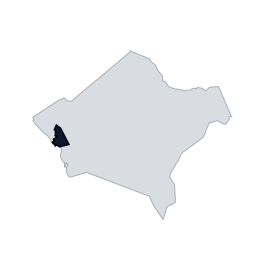 location of Magarini, Coast, Kenya, rotated 111°
{"feature_id": "3690345B44163293085628", "entity_name": "Magarini", "entity_type": "district", "adm_level": 2, "iso_a3": "KEN", "parent_name": "Kenya", "parent_adm1": "Coast", "projection": "orthographic", "projection_center": [39.973, -2.829], "detail": "fine", "context": "in_parent", "style": "filled", "palette": "ink", "viewbox_px": 256, "rotation_deg": 111, "n_neighbors": 0, "source": "geoboundaries", "source_scale": "gbopen_adm2", "svg_char_len": 4319}
<svg xmlns="http://www.w3.org/2000/svg" viewBox="0 0 256 256"><g transform="rotate(111 128 128)"><path d="M55.3,153.6L55.2,150.5L55.6,142.5L55.6,135.6L56.0,132.1L57.7,129.9L58.5,128.3L59.0,126.0L59.9,124.2L62.0,122.7L62.3,121.9L64.5,119.4L65.8,116.2L66.8,115.1L68.0,114.1L68.8,113.6L70.2,113.0L71.4,112.7L71.6,112.5L71.6,112.0L71.3,110.0L71.8,109.3L72.5,108.0L73.4,106.8L74.2,106.0L74.6,105.2L74.8,103.8L74.8,102.8L74.8,101.2L74.6,97.6L73.7,94.5L73.2,91.1L73.6,90.0L72.9,88.0L72.5,87.9L71.9,87.4L71.2,85.6L70.6,83.8L70.3,83.4L67.8,81.9L66.7,78.4L65.3,77.6L64.6,74.1L64.4,73.1L65.2,69.5L65.2,68.7L64.4,68.0L62.1,67.2L60.2,65.8L60.5,65.3L60.6,64.8L59.7,64.4L56.9,58.4L60.5,54.8L64.3,51.1L69.0,46.5L73.4,42.2L77.1,38.6L80.5,35.3L80.4,35.9L80.4,36.7L80.8,37.2L81.5,37.6L82.5,37.2L83.3,36.7L84.1,36.6L89.1,37.9L89.9,39.1L89.9,40.4L90.1,41.3L89.7,42.3L89.3,45.1L89.4,47.6L90.9,49.5L92.2,51.0L93.3,53.1L94.0,53.8L95.1,54.1L98.6,54.2L103.7,54.3L108.6,54.4L109.1,54.5L110.1,54.8L114.6,57.6L118.8,60.2L122.3,62.5L125.7,64.6L129.0,66.8L131.6,68.6L134.1,69.1L138.2,69.3L141.1,69.4L143.7,70.2L147.6,70.9L150.6,71.2L152.3,71.6L157.2,72.0L158.0,71.8L160.2,69.8L162.6,66.6L163.6,64.8L166.7,63.1L172.2,60.7L176.1,58.9L180.4,57.2L182.4,58.7L185.1,61.1L186.3,62.3L187.2,62.8L188.7,63.2L190.5,63.2L191.5,63.1L193.5,62.8L198.1,62.6L200.8,62.6L198.6,65.8L195.9,69.6L190.9,76.7L187.2,80.4L184.3,83.2L184.1,83.7L184.1,86.8L184.1,94.5L184.2,109.8L184.2,125.2L184.3,140.6L184.3,148.3L184.3,150.9L186.8,154.1L189.3,157.3L192.5,161.5L194.3,163.7L194.5,164.5L194.5,166.0L191.8,169.1L189.6,170.5L186.7,171.2L185.8,171.1L184.6,170.6L184.2,171.4L183.8,172.5L183.2,172.3L182.7,171.9L183.0,174.0L183.3,175.1L182.9,176.4L181.4,177.7L181.3,178.7L178.2,181.4L173.8,181.7L171.5,183.0L170.5,184.1L169.7,186.5L170.0,190.1L168.8,192.9L168.6,194.4L166.3,196.2L165.3,197.9L164.6,199.6L163.9,200.3L163.2,204.1L162.1,206.5L161.8,207.2L161.6,207.9L160.8,209.3L160.2,210.2L159.8,210.8L157.2,216.8L155.1,219.5L153.5,219.2L152.4,220.2L152.3,220.7L151.7,220.4L150.3,219.5L147.5,217.4L144.7,215.4L141.9,213.4L139.1,211.4L136.3,209.4L133.5,207.4L130.7,205.3L127.9,203.3L126.3,202.1L125.6,201.4L125.0,200.1L124.7,199.7L124.0,199.3L123.1,199.2L122.8,198.9L122.8,198.2L123.2,197.3L124.2,195.4L124.3,194.3L124.1,193.1L123.8,191.1L123.5,190.7L121.6,189.6L117.7,187.5L113.8,185.3L109.9,183.1L106.0,181.0L102.2,178.8L98.3,176.6L94.4,174.5L90.5,172.3L86.6,170.1L82.7,168.0L78.8,165.8L74.9,163.7L71.1,161.5L67.2,159.4L63.3,157.2L59.4,155.1L58.0,154.2L56.6,153.6L55.3,153.6ZM184.6,174.4L183.9,174.6L184.3,173.5L186.3,172.2L187.1,172.5L187.3,172.8L187.2,173.1L186.9,173.3L184.6,174.4Z" fill="#d9dde1" stroke="#a8b0b8" stroke-width="1"/><path d="M161.3,193.3L161.3,193.2L161.2,193.1L161.1,192.8L160.9,192.7L160.8,192.4L161.0,192.2L161.0,192.3L161.0,192.2L161.3,192.1L161.5,192.0L161.8,192.0L162.0,192.1L162.3,192.0L162.5,191.9L162.8,191.9L163.0,191.8L163.0,191.7L163.3,191.7L163.4,191.8L163.3,192.0L163.2,192.0L163.3,192.1L163.5,192.0L163.6,192.3L163.8,192.3L164.0,192.4L164.1,192.5L164.3,192.7L164.5,192.7L164.5,192.8L164.6,193.0L164.7,192.8L164.8,192.8L164.8,193.0L165.0,193.0L165.0,193.3L165.2,193.2L165.3,193.2L165.5,193.2L165.6,193.3L165.7,193.2L165.8,193.1L166.0,193.0L166.0,192.9L165.9,192.9L166.0,192.8L166.1,192.7L166.3,192.7L166.2,192.4L166.3,192.4L166.5,192.3L166.6,192.5L166.8,192.6L167.0,192.5L167.3,192.7L167.5,192.6L167.8,192.6L167.9,192.8L167.8,193.0L168.0,193.3L168.3,193.4L168.3,193.5L168.5,193.6L168.7,193.4L168.7,193.2L168.8,193.1L169.0,192.9L169.1,192.7L169.3,192.4L169.4,192.2L169.4,191.9L169.4,191.6L169.3,191.4L169.4,191.2L169.5,191.1L169.6,190.9L169.6,190.7L169.8,190.4L170.0,190.3L170.0,190.2L170.1,189.9L170.3,189.8L170.5,189.8L170.6,189.7L170.8,189.7L170.8,189.4L170.7,189.4L170.6,189.5L170.4,189.6L170.2,189.6L169.9,189.5L169.9,189.4L169.8,189.2L169.7,189.2L169.6,188.9L169.5,188.7L169.4,188.6L169.5,188.4L169.5,188.2L169.6,187.9L169.6,187.7L169.6,187.4L169.6,187.2L169.7,186.9L169.8,186.7L169.8,186.4L169.9,186.2L169.9,185.7L169.9,185.4L169.9,185.2L170.0,185.1L169.9,185.0L169.9,184.9L169.9,185.0L169.9,184.9L169.8,184.7L169.7,184.6L164.5,177.2L161.4,180.7L157.4,185.2L153.3,189.8L152.8,190.4L152.4,190.9L152.2,191.1L150.9,196.0L156.1,196.2L156.4,194.5L157.4,194.5L160.8,193.2L161.3,193.3Z" fill="#0f172a" stroke="#020617" stroke-width="1.5"/></g></svg>